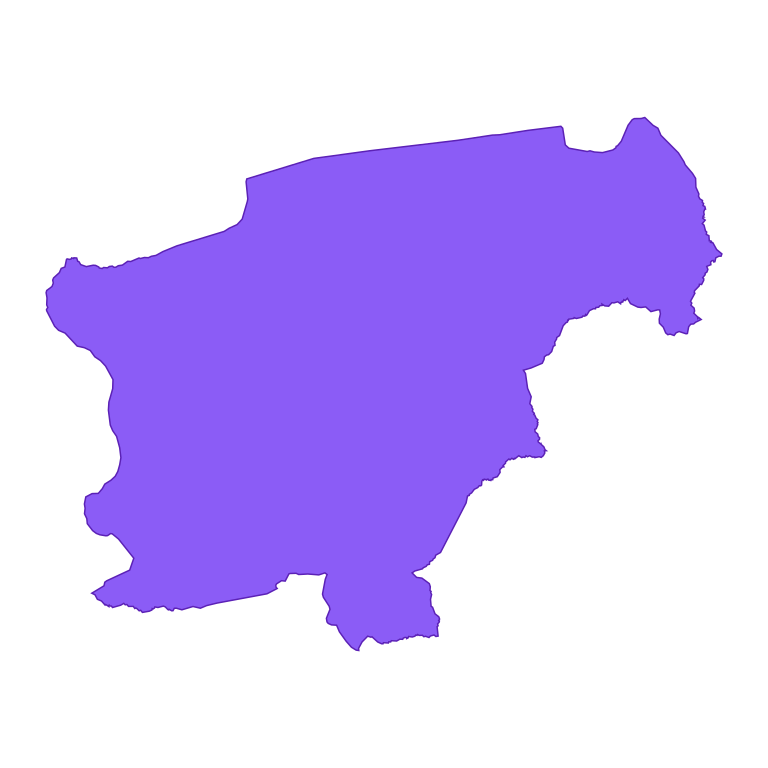 Sawla-tuna-kalba, Northern, Ghana
{"feature_id": "2480657B66384530229883", "entity_name": "Sawla-tuna-kalba", "entity_type": "district", "adm_level": 2, "iso_a3": "GHA", "parent_name": "Ghana", "parent_adm1": "Northern", "projection": "orthographic", "projection_center": [-2.328, 9.481], "detail": "fine", "context": "isolated", "style": "filled", "palette": "violet", "viewbox_px": 768, "rotation_deg": 0, "n_neighbors": 0, "source": "geoboundaries", "source_scale": "gbopen_adm2", "svg_char_len": 6081}
<svg xmlns="http://www.w3.org/2000/svg" viewBox="0 0 768 768"><path d="M313.8,158.4L246.8,178.9L246.1,181.8L247.8,198.9L247.3,201.5L242.2,219.1L237.1,224.6L229.2,228.2L224.2,231.4L177.0,245.8L162.9,251.6L156.0,255.4L151.3,256.3L148.4,257.7L144.4,257.5L140.5,258.5L139.0,258.0L130.8,261.5L127.7,261.3L122.4,265.1L118.3,265.7L115.9,267.2L114.0,267.3L112.3,266.1L109.3,266.5L107.5,267.8L103.6,267.5L102.2,268.5L99.3,268.0L98.8,267.0L95.6,265.4L93.2,265.2L86.3,266.6L80.7,264.6L78.9,261.6L77.7,261.3L76.7,258.0L73.9,257.8L73.6,258.5L71.7,257.9L71.2,258.9L69.6,259.4L67.1,258.9L66.5,259.4L64.9,267.0L61.2,268.4L59.4,272.6L53.6,277.9L52.7,280.1L53.3,283.1L52.0,286.5L46.7,290.5L46.1,292.7L47.0,297.9L46.7,304.9L47.8,307.5L46.5,309.5L46.7,310.8L54.6,326.2L58.6,330.3L65.1,333.1L77.2,346.1L84.4,347.7L90.3,350.5L94.8,356.8L100.5,360.6L105.6,366.1L113.0,379.6L112.7,388.7L108.9,402.1L108.4,410.1L110.3,425.1L112.7,430.7L116.6,436.4L119.7,447.8L120.9,457.7L119.7,464.8L117.8,471.5L115.2,476.3L111.0,480.2L104.8,484.1L102.3,488.7L98.3,493.4L92.1,493.6L85.8,496.9L84.4,504.0L85.1,508.3L84.5,513.8L86.8,518.6L87.3,523.7L92.6,530.6L96.3,533.4L99.9,534.8L105.9,535.8L107.6,535.6L110.5,533.6L112.2,533.8L118.5,539.0L133.8,558.2L129.7,570.1L106.7,580.8L104.8,582.2L104.0,585.8L91.8,593.2L95.0,594.8L97.4,599.3L101.5,601.0L105.1,605.1L105.7,604.5L108.6,606.4L108.4,605.5L109.3,605.2L109.4,605.9L111.5,606.1L112.5,607.5L120.7,605.2L123.8,603.4L125.2,604.8L126.9,604.5L128.5,606.4L133.3,606.4L134.8,608.5L135.7,608.0L136.8,608.5L139.2,610.8L140.7,610.3L142.4,612.4L149.3,611.2L151.9,610.0L152.2,608.6L153.0,609.0L154.5,608.0L154.9,606.9L157.9,607.5L163.4,606.1L165.3,606.9L167.9,609.6L168.7,609.9L169.1,609.3L171.7,610.8L173.0,610.7L174.3,608.3L176.3,608.2L181.9,609.8L193.0,606.5L200.4,608.2L206.6,605.6L216.9,603.1L267.0,593.8L277.2,588.5L276.0,587.1L275.8,585.2L276.5,583.9L281.5,580.7L285.2,581.1L288.9,573.9L290.0,573.5L296.1,573.3L298.7,574.5L307.8,574.0L318.8,574.9L324.9,572.9L327.1,574.5L325.3,579.2L322.5,594.1L323.4,597.3L329.2,606.3L330.0,609.3L326.4,618.3L327.0,621.9L328.2,623.4L331.5,624.9L336.6,625.2L339.4,631.8L346.2,641.3L351.4,647.2L356.1,650.1L358.8,650.5L358.6,648.3L362.1,641.9L367.7,636.2L371.0,637.2L372.0,636.8L377.7,642.0L381.7,643.8L383.0,643.8L383.4,642.7L388.4,643.0L388.8,641.8L390.7,641.9L391.3,640.7L396.7,641.0L399.9,639.2L402.7,639.3L403.2,638.2L405.0,637.4L406.9,637.7L406.8,638.5L408.0,638.0L408.6,636.5L412.3,637.0L414.9,636.2L415.9,635.0L417.0,635.4L417.6,634.5L419.1,635.4L422.4,635.3L423.8,636.7L425.6,636.3L429.0,637.5L430.4,636.0L434.0,635.0L435.9,636.5L438.1,636.1L437.1,626.7L438.1,625.8L437.6,623.9L439.1,622.3L439.4,621.1L438.7,620.6L439.6,619.1L438.8,616.8L435.0,613.8L432.6,607.3L431.1,606.2L430.5,599.3L431.6,594.5L430.7,592.7L431.1,591.4L430.0,590.5L430.3,586.7L429.3,583.6L421.9,578.1L416.6,577.4L412.1,572.9L414.8,571.0L422.5,568.8L423.3,567.7L426.1,566.4L427.4,564.7L429.4,564.3L429.7,561.7L432.6,560.3L433.2,559.0L435.0,557.7L435.7,555.2L440.5,552.5L466.1,502.9L467.5,496.0L469.3,495.4L469.3,494.4L471.6,492.9L474.3,489.3L477.7,487.6L479.3,485.7L480.8,485.8L481.6,485.0L481.8,481.3L482.7,479.7L483.5,479.5L483.6,480.1L484.7,479.2L486.6,480.0L487.2,479.2L488.4,479.3L488.6,480.1L490.9,480.5L491.2,479.6L492.7,479.7L493.1,478.0L497.3,476.7L500.1,472.4L499.8,469.6L502.5,467.0L503.9,466.8L503.1,465.6L505.5,463.2L505.6,461.9L508.9,459.0L510.0,459.8L511.9,458.3L513.4,459.3L514.3,458.4L514.8,458.9L518.8,455.7L521.8,457.6L523.2,457.0L524.9,457.4L526.0,455.7L527.4,456.8L529.7,455.7L532.2,457.1L534.7,457.0L534.9,457.6L539.2,456.7L541.2,457.4L543.3,455.7L544.8,453.0L544.4,450.9L546.3,450.7L545.0,449.7L543.9,446.9L541.0,444.2L541.0,443.4L540.1,443.5L538.2,441.9L538.0,440.7L539.5,439.4L539.6,437.7L538.3,436.6L537.7,434.0L535.1,431.8L534.8,429.3L536.2,428.7L537.8,424.6L537.3,423.9L538.0,422.7L537.2,421.6L537.9,419.8L536.1,418.2L534.7,415.0L533.8,414.5L534.3,413.3L532.4,411.3L532.9,409.2L531.8,407.5L532.0,406.4L529.8,403.7L531.2,396.8L527.6,388.4L525.5,373.5L523.4,370.2L531.0,368.0L542.3,363.2L544.0,359.6L544.4,356.8L546.6,355.1L548.6,354.7L551.7,351.5L553.3,346.3L555.0,345.4L554.7,342.1L556.6,339.0L556.7,337.5L559.5,335.6L563.2,325.7L566.1,322.6L567.4,322.1L567.7,320.2L568.4,320.4L568.7,319.2L573.9,318.4L574.2,317.6L576.3,318.5L582.0,317.2L582.7,316.1L584.9,316.1L585.6,314.6L586.2,315.4L586.9,314.9L589.5,310.6L593.5,308.7L595.5,308.8L595.8,307.5L598.7,307.2L599.7,305.8L602.4,305.4L602.1,304.2L604.8,305.9L608.7,306.2L611.9,302.7L614.0,302.9L617.7,301.8L620.6,303.8L620.8,302.5L622.6,302.0L622.3,301.3L623.5,300.9L623.8,299.7L625.3,300.5L627.4,298.3L630.5,303.6L637.8,307.1L641.0,307.5L645.7,306.9L650.9,311.6L657.9,309.8L659.7,310.0L660.4,313.9L659.2,319.1L659.4,323.2L663.3,327.2L665.7,332.9L667.8,334.7L670.1,334.1L674.1,335.5L676.1,332.8L679.1,331.5L686.1,333.8L687.4,333.5L688.7,326.7L690.7,324.2L693.7,323.9L695.5,322.3L701.2,319.5L698.6,317.4L697.8,318.4L697.4,316.7L693.8,313.2L694.6,311.0L694.1,308.1L690.9,305.2L691.8,303.1L690.5,301.3L694.9,293.2L694.3,292.7L694.5,290.8L699.2,285.9L699.4,284.3L701.6,284.5L703.7,280.4L703.8,278.8L702.7,277.7L705.1,274.8L705.2,273.2L706.9,272.1L707.9,269.4L706.7,266.4L710.9,264.7L710.6,262.0L711.9,260.7L713.2,260.5L713.8,262.0L714.9,261.7L715.8,257.8L718.9,256.2L721.1,256.2L721.9,253.9L716.6,249.5L712.9,242.8L710.8,242.4L711.5,241.6L711.0,241.0L709.3,240.8L708.9,235.7L706.3,234.4L706.7,232.0L705.5,230.9L704.0,225.1L702.3,223.6L705.2,220.1L702.7,218.2L703.1,217.0L703.9,217.0L703.1,216.2L704.2,214.8L703.7,211.8L704.8,209.2L705.5,209.1L704.8,206.4L703.0,205.6L703.6,203.4L702.3,202.5L702.5,200.5L699.8,198.8L698.5,196.2L698.9,194.0L695.9,187.2L695.6,178.4L692.5,173.4L685.2,164.8L684.0,161.8L678.4,152.9L660.9,135.3L657.9,128.2L653.0,125.3L644.8,117.5L641.2,118.5L634.3,118.6L632.2,119.7L628.1,125.2L621.3,141.2L617.6,145.7L616.1,146.4L615.9,147.8L612.8,150.0L602.6,152.6L594.3,152.0L590.0,150.8L587.2,151.5L568.9,148.2L565.3,144.9L562.7,128.2L560.9,126.3L527.8,130.4L499.4,134.8L492.4,135.1L457.8,140.3L369.5,150.8L313.8,158.4Z" fill="#8b5cf6" stroke="#5b21b6" stroke-width="1.5"/></svg>